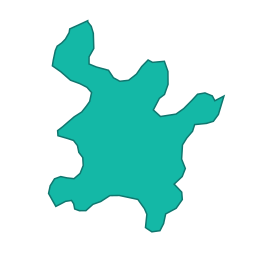 outline of Goryeong-gun, North Gyeongsang, South Korea, rotated 282°
{"feature_id": "91817680B88985387415210", "entity_name": "Goryeong-gun", "entity_type": "district", "adm_level": 2, "iso_a3": "KOR", "parent_name": "South Korea", "parent_adm1": "North Gyeongsang", "projection": "mercator", "projection_center": [128.316, 35.727], "detail": "fine", "context": "isolated", "style": "filled", "palette": "teal", "viewbox_px": 256, "rotation_deg": 282, "n_neighbors": 0, "source": "geoboundaries", "source_scale": "gbopen_adm2", "svg_char_len": 1327}
<svg xmlns="http://www.w3.org/2000/svg" viewBox="0 0 256 256"><g transform="rotate(282 128 128)"><path d="M224.6,66.3L221.2,61.8L212.8,50.4L209.1,50.6L201.9,48.3L197.3,45.4L193.3,41.7L188.7,40.8L178.9,40.8L173.1,41.1L169.1,50.5L162.8,61.8L161.4,71.6L159.3,79.4L155.1,85.0L146.0,85.0L141.0,82.9L134.0,79.4L127.7,73.0L121.3,68.1L115.7,63.9L110.8,59.7L105.9,61.1L105.2,70.9L104.5,77.3L100.3,82.2L93.9,85.0L89.7,89.9L82.0,92.0L73.6,90.6L67.2,85.7L66.5,78.7L66.5,72.3L63.0,66.7L55.3,63.9L47.5,63.9L41.9,68.8L36.3,73.7L39.8,78.0L43.3,82.2L45.4,87.8L42.6,90.6L37.7,92.7L37.5,94.2L37.0,97.6L38.4,104.0L46.1,109.6L50.4,116.6L58.1,124.3L60.2,133.5L60.2,144.7L60.2,152.5L52.5,160.9L47.5,164.4L34.2,165.8L31.4,172.9L34.2,180.6L41.9,182.7L51.8,182.7L59.5,191.8L69.3,196.0L76.4,193.9L82.7,184.8L91.8,191.1L100.3,192.5L108.7,186.9L122.8,184.8L130.5,187.6L138.2,191.8L145.2,192.5L148.8,203.8L152.3,210.1L160.0,213.6L179.2,215.2L172.7,207.3L176.9,203.8L178.3,196.0L175.5,189.0L168.4,184.8L158.6,178.5L151.6,172.1L146.0,157.4L150.9,149.0L163.5,152.5L168.4,156.7L179.0,158.1L191.6,155.3L200.8,149.7L197.3,138.4L198.7,133.5L190.9,128.6L182.5,125.1L174.8,118.7L172.0,110.3L174.1,103.3L180.4,96.9L181.1,84.3L182.5,76.6L189.5,75.1L198.7,78.0L213.4,74.4L219.8,70.9L223.3,66.7L224.6,66.3Z" fill="#14b8a6" stroke="#0f766e" stroke-width="1.5"/></g></svg>